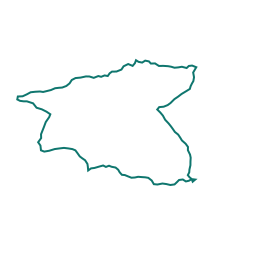 Clementina, São Paulo, Brazil, rotated 244°
{"feature_id": "56859067B82643318735521", "entity_name": "Clementina", "entity_type": "district", "adm_level": 2, "iso_a3": "BRA", "parent_name": "Brazil", "parent_adm1": "São Paulo", "projection": "robinson", "projection_center": [-50.464, -21.574], "detail": "fine", "context": "isolated", "style": "outline", "palette": "teal", "viewbox_px": 256, "rotation_deg": 244, "n_neighbors": 0, "source": "geoboundaries", "source_scale": "gbopen_adm2", "svg_char_len": 1929}
<svg xmlns="http://www.w3.org/2000/svg" viewBox="0 0 256 256"><g transform="rotate(244 128 128)"><path d="M107.3,73.6L107.9,77.1L106.8,80.3L105.9,85.5L105.2,89.2L102.7,91.1L102.4,94.4L100.4,96.2L97.9,99.5L94.8,100.9L91.8,101.1L88.6,102.0L87.1,104.5L84.3,107.0L81.8,109.3L80.5,112.5L79.7,115.7L77.7,119.1L76.1,121.9L74.3,124.4L70.4,126.3L66.2,126.6L64.3,129.7L63.0,134.6L60.8,137.9L58.2,141.1L56.9,145.1L57.8,148.0L58.9,151.1L57.7,154.7L54.6,156.6L53.9,159.6L54.1,162.9L56.8,161.7L59.4,161.1L61.3,163.6L63.7,165.0L67.2,167.8L70.4,169.4L73.8,171.3L76.9,172.1L81.8,172.1L84.7,173.6L88.6,172.9L93.2,171.0L96.5,170.7L100.1,170.2L103.9,168.4L107.9,167.8L110.7,167.3L114.3,166.5L119.1,165.0L123.8,164.8L127.8,163.8L131.8,162.4L133.1,165.2L131.5,169.4L131.2,173.7L131.8,177.1L133.6,182.4L134.2,186.7L135.1,191.1L135.6,196.7L136.0,200.7L138.1,202.6L139.9,204.9L141.5,207.3L144.7,209.6L149.3,210.9L152.7,216.0L156.0,213.0L157.1,209.9L156.2,207.0L159.4,203.3L160.5,199.6L161.8,196.2L164.2,193.6L166.0,191.1L168.4,186.9L170.2,183.0L174.2,180.6L175.9,176.8L178.7,176.0L181.0,173.0L180.6,169.4L182.8,166.5L185.4,164.9L183.2,162.6L181.8,159.4L185.4,156.2L185.4,151.1L183.4,147.7L183.8,142.4L185.7,138.3L185.2,135.5L183.6,132.6L185.5,130.0L185.8,126.3L187.7,124.1L188.1,119.2L191.2,115.9L192.8,112.8L194.1,107.5L195.9,102.7L195.8,98.5L193.7,95.0L192.8,91.0L193.2,86.6L194.4,83.6L195.7,79.9L195.9,75.3L197.6,67.5L199.4,64.9L201.2,60.6L202.8,56.2L202.6,51.8L202.7,47.2L204.6,42.8L202.2,41.0L199.7,42.9L197.6,46.1L196.3,48.8L193.8,51.4L191.8,53.5L186.3,54.7L182.6,58.7L178.4,61.9L174.4,64.2L172.3,61.9L169.4,56.7L165.6,52.7L160.5,47.1L157.0,45.5L154.6,41.0L150.6,41.6L146.1,40.0L143.5,42.4L142.1,47.2L141.2,52.9L139.7,57.4L138.2,61.7L135.8,65.4L133.4,68.8L131.0,70.9L127.9,71.5L123.6,72.2L121.0,73.5L117.8,75.3L113.5,75.8L110.7,74.9L107.3,73.6ZM54.1,162.9L51.4,162.6L52.2,165.8L54.1,162.9Z" fill="none" stroke="#0f766e" stroke-width="2"/></g></svg>